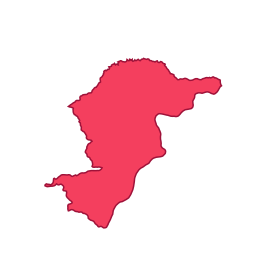 the district of Morada Nova de Minas, Minas Gerais, Brazil, rotated 47°
{"feature_id": "56859067B74316667672394", "entity_name": "Morada Nova de Minas", "entity_type": "district", "adm_level": 2, "iso_a3": "BRA", "parent_name": "Brazil", "parent_adm1": "Minas Gerais", "projection": "natural_earth1", "projection_center": [-45.395, -18.563], "detail": "fine", "context": "isolated", "style": "filled", "palette": "rose", "viewbox_px": 256, "rotation_deg": 47, "n_neighbors": 0, "source": "geoboundaries", "source_scale": "gbopen_adm2", "svg_char_len": 5850}
<svg xmlns="http://www.w3.org/2000/svg" viewBox="0 0 256 256"><g transform="rotate(47 128 128)"><path d="M180.4,216.8L180.9,216.0L181.2,215.2L181.8,214.6L182.9,214.3L184.3,214.0L185.1,213.2L185.7,212.2L185.9,211.4L184.9,208.3L184.4,207.5L183.0,203.5L181.1,199.4L180.7,198.1L178.4,195.2L177.6,193.5L176.6,190.3L176.4,189.4L176.4,186.3L176.6,184.9L176.8,184.1L177.9,182.4L179.0,178.3L179.4,176.1L179.5,175.0L178.7,172.0L178.4,171.1L176.4,166.6L174.4,163.6L171.3,159.7L169.5,157.7L168.9,156.8L168.2,155.5L167.1,153.2L166.8,152.2L166.0,148.5L166.0,147.4L166.2,145.4L166.5,144.5L166.8,143.2L167.1,140.2L167.7,138.1L168.0,136.8L167.3,133.8L167.2,131.4L167.4,130.1L167.9,128.9L168.7,127.2L171.1,123.9L171.7,122.9L172.2,121.7L172.1,118.8L171.9,117.9L171.3,117.1L170.6,116.3L169.7,115.9L168.7,115.8L166.1,116.5L164.2,116.3L163.5,115.9L162.9,115.4L162.3,114.7L161.8,114.2L160.2,113.0L158.4,111.9L157.7,111.3L156.3,110.0L155.6,109.1L154.8,108.2L153.9,107.6L151.8,106.7L150.8,106.4L149.0,105.6L146.4,105.4L145.5,105.3L144.8,105.0L143.8,104.4L143.0,104.1L140.4,102.8L139.3,101.5L138.2,99.2L138.3,96.7L138.6,95.6L140.1,94.2L141.4,93.2L144.9,90.9L145.9,90.1L147.2,89.4L148.6,88.6L150.1,87.2L150.8,86.3L151.8,85.6L152.7,84.7L153.2,83.8L153.5,83.0L153.5,81.8L153.4,80.5L153.2,79.4L153.1,77.9L153.1,76.4L153.3,75.2L153.6,73.8L155.8,70.4L156.9,68.6L157.0,67.8L157.0,66.8L156.7,66.0L155.7,64.7L154.1,63.6L152.5,62.3L152.2,61.5L151.6,59.7L151.2,58.7L150.6,57.9L149.8,57.1L149.2,56.0L149.3,54.7L150.2,52.7L150.7,52.1L151.5,51.3L153.1,50.1L153.6,49.2L154.6,47.0L155.5,45.5L156.8,44.5L158.3,43.8L159.0,43.7L160.0,43.2L161.8,42.1L162.3,40.7L162.4,38.6L162.3,37.8L162.0,36.5L160.7,32.5L160.9,30.8L159.4,30.5L157.4,29.3L156.4,28.3L155.3,27.9L154.4,28.7L153.5,28.8L151.7,29.4L151.0,29.8L150.3,30.5L149.4,30.5L148.6,30.9L148.1,32.6L147.6,33.5L146.6,33.9L146.2,34.9L145.7,35.4L145.0,35.8L144.4,36.6L144.0,37.6L143.6,38.5L143.0,39.6L142.5,41.7L141.9,42.2L141.2,42.8L140.2,43.3L139.2,43.7L138.2,44.7L137.7,45.7L136.9,48.3L135.4,50.3L134.6,50.7L132.8,51.2L132.0,51.5L131.2,51.9L130.4,52.6L129.5,54.6L128.9,55.3L128.2,55.8L127.6,56.5L127.4,57.8L126.5,58.7L123.7,58.7L122.8,59.0L121.7,59.0L120.5,58.2L119.5,58.5L117.9,59.3L117.1,60.0L116.1,59.5L114.9,59.4L113.1,58.9L111.0,59.0L109.3,58.5L108.2,58.6L107.2,58.5L106.8,57.4L106.1,57.3L105.2,58.1L104.2,58.2L103.3,58.1L102.3,58.4L101.6,58.9L101.6,60.2L100.8,61.0L99.9,61.2L98.9,60.8L98.4,61.7L98.3,62.8L97.8,63.4L96.8,63.8L96.0,64.7L95.1,64.9L94.3,65.3L93.3,66.2L92.1,65.8L91.0,66.3L90.6,67.5L88.7,68.7L87.7,69.1L87.6,70.4L87.0,71.1L87.0,73.3L85.9,73.6L84.7,73.7L84.5,74.9L84.3,76.1L83.7,76.6L82.8,76.5L83.0,77.7L82.6,78.9L81.5,79.0L80.7,78.2L80.6,79.4L79.8,79.4L78.9,79.9L79.8,80.7L79.3,81.6L78.1,81.8L77.2,82.0L78.2,83.2L78.0,84.6L77.5,85.4L76.7,85.8L76.1,86.5L75.4,86.9L74.6,86.9L73.7,87.6L73.5,88.5L73.1,89.3L72.8,90.3L73.8,90.2L74.0,91.5L75.1,92.1L73.2,93.1L73.3,94.1L72.3,94.2L71.5,93.9L71.6,94.9L71.0,95.9L70.8,97.2L71.5,98.0L71.2,99.0L70.2,100.3L71.2,100.6L71.8,100.9L72.1,101.9L71.3,102.8L71.3,104.2L71.2,105.0L70.4,105.1L70.1,106.0L70.1,107.0L71.2,107.9L71.6,109.1L72.3,109.6L72.3,110.7L72.8,111.6L72.6,114.2L73.3,115.1L74.3,115.8L75.0,116.2L75.7,116.9L75.2,118.1L75.6,119.7L76.1,121.1L76.3,122.4L76.6,123.4L76.0,124.1L75.8,125.3L76.1,126.8L76.1,127.9L76.3,128.8L76.9,129.7L77.2,130.6L76.9,131.3L75.6,132.9L75.4,133.7L75.4,135.0L75.0,135.7L74.2,136.6L73.4,137.7L72.9,138.7L72.9,140.0L72.3,141.0L72.6,142.0L73.2,142.7L74.1,143.1L74.7,143.8L74.5,144.9L74.0,145.6L73.2,146.3L72.7,147.0L72.6,148.2L72.9,149.3L72.5,150.2L72.3,151.0L72.1,153.3L71.8,154.3L71.8,155.1L71.6,156.9L72.8,156.4L73.6,155.7L75.4,154.7L76.3,154.5L76.9,155.5L77.7,156.1L78.9,157.1L79.8,157.6L81.6,158.1L82.7,157.5L83.9,157.6L84.8,157.1L85.8,157.2L86.6,157.7L87.3,157.7L89.0,158.0L89.7,158.4L89.8,159.4L90.8,159.7L91.7,159.4L92.7,160.1L93.3,160.8L95.6,161.5L96.2,162.3L96.9,162.8L97.4,163.5L99.9,163.2L100.8,162.8L101.6,162.8L102.3,163.0L103.1,163.0L104.0,163.4L104.9,163.4L105.8,163.9L106.5,164.9L107.3,165.4L108.5,165.4L109.5,165.1L111.0,163.9L112.1,163.2L113.2,163.4L113.0,164.5L113.2,166.2L112.8,167.1L112.7,168.0L112.9,168.9L113.3,169.7L113.6,170.7L114.1,171.4L114.8,171.9L115.5,173.9L116.0,175.1L116.8,175.8L119.1,175.9L120.7,177.0L121.5,177.1L123.2,176.3L124.3,176.4L125.3,176.9L127.5,176.8L129.2,177.7L130.6,178.7L131.6,180.5L132.8,180.3L133.6,179.4L134.1,179.0L134.5,178.2L135.7,177.2L136.7,175.8L137.8,175.0L139.3,174.1L139.8,175.2L139.8,176.6L139.6,177.7L138.9,178.8L138.1,179.5L137.5,180.4L134.3,183.7L132.6,186.2L132.2,186.9L131.9,189.1L131.3,190.2L130.7,191.1L129.5,192.2L128.9,193.2L128.5,194.5L128.2,197.2L127.7,198.2L126.7,198.3L126.3,199.3L125.9,200.3L125.6,201.5L124.9,202.1L122.6,202.5L121.5,203.5L121.0,204.4L118.3,206.9L117.2,208.2L116.8,209.2L116.8,210.0L116.5,212.3L116.6,214.2L116.5,215.0L115.9,215.9L114.5,216.2L114.4,217.0L116.3,219.2L116.8,219.9L117.0,220.8L117.1,221.9L116.8,223.3L115.1,224.3L114.8,225.0L114.0,225.3L113.2,225.8L113.0,227.2L113.6,228.1L115.1,227.5L115.9,227.0L118.2,223.8L118.8,223.2L119.8,221.6L120.1,220.8L120.2,219.7L120.1,218.4L121.9,217.9L122.5,217.3L122.8,216.3L123.3,215.3L124.4,215.0L126.1,214.8L126.9,215.0L127.7,215.5L128.9,217.8L129.8,217.9L131.3,216.7L132.3,216.2L133.4,216.9L135.1,219.0L136.0,219.6L137.6,219.9L138.6,219.8L141.0,219.8L142.9,219.4L143.8,219.4L144.6,219.9L144.4,221.3L143.8,222.6L143.3,223.6L143.5,224.6L144.2,225.4L144.9,225.9L146.2,227.2L147.0,227.7L147.9,228.1L148.5,227.0L148.7,225.7L149.4,224.7L150.9,223.8L151.7,223.7L152.7,223.5L153.8,222.9L154.4,222.2L156.1,221.3L157.3,219.7L158.2,219.1L159.3,219.1L160.0,218.9L160.6,218.2L162.8,217.3L163.5,217.2L164.3,217.2L165.3,217.4L166.0,217.9L166.8,218.6L167.8,218.6L169.4,218.3L170.1,218.1L171.0,217.5L171.9,217.1L173.0,216.7L175.6,217.2L178.6,216.8L179.5,217.1L180.4,216.8Z" fill="#f43f5e" stroke="#9f1239" stroke-width="1.5"/></g></svg>